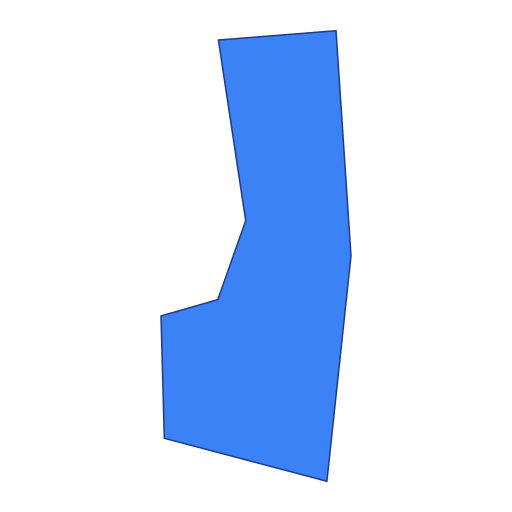 map outline of Ngaraard (orthographic projection)
{"feature_id": "PLW-5251", "entity_name": "Ngaraard", "entity_type": "state/province", "adm_level": 1, "iso_a3": "PLW", "parent_name": "Palau", "parent_adm1": "", "projection": "orthographic", "projection_center": [134.644, 7.639], "detail": "fine", "context": "isolated", "style": "filled", "palette": "blue", "viewbox_px": 512, "rotation_deg": 0, "n_neighbors": 0, "source": "natural_earth", "source_scale": "10m", "svg_char_len": 237}
<svg xmlns="http://www.w3.org/2000/svg" viewBox="0 0 512 512"><path d="M336.0,30.7L351.0,255.8L326.9,481.3L164.3,438.3L161.0,315.9L217.8,299.6L245.7,220.7L218.4,40.0L336.0,30.7Z" fill="#3b82f6" stroke="#1e3a8a" stroke-width="1.5"/></svg>